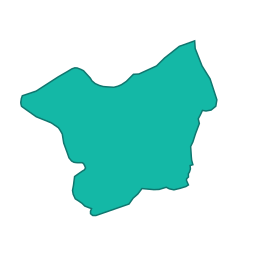 Dékoa, Kémo, Central African Republic, rotated 341°
{"feature_id": "33826404B62845091164313", "entity_name": "Dékoa", "entity_type": "district", "adm_level": 2, "iso_a3": "CAF", "parent_name": "Central African Republic", "parent_adm1": "Kémo", "projection": "natural_earth1", "projection_center": [19.104, 6.266], "detail": "fine", "context": "isolated", "style": "filled", "palette": "teal", "viewbox_px": 256, "rotation_deg": 341, "n_neighbors": 0, "source": "geoboundaries", "source_scale": "gbopen_adm2", "svg_char_len": 1303}
<svg xmlns="http://www.w3.org/2000/svg" viewBox="0 0 256 256"><g transform="rotate(341 128 128)"><path d="M166.6,201.5L166.2,196.7L166.9,195.1L169.2,194.0L170.2,190.9L171.7,189.7L173.7,187.0L174.5,183.7L177.4,183.8L177.7,179.2L178.5,175.8L181.2,165.9L184.8,162.3L190.1,155.2L196.9,147.0L197.4,142.2L200.7,139.1L204.1,135.6L207.3,137.3L212.4,138.1L218.1,136.0L221.2,130.3L221.6,108.3L218.2,93.4L217.4,74.7L219.4,67.3L203.1,67.5L185.4,73.7L175.2,78.6L155.9,80.5L150.6,79.0L141.6,83.4L136.0,84.9L132.2,85.2L127.9,84.9L121.4,82.2L118.0,80.7L114.7,78.4L111.4,75.3L109.2,71.6L108.6,68.6L104.6,59.4L102.7,57.4L99.5,54.7L97.3,53.8L94.3,53.8L88.6,55.0L78.8,56.9L53.2,63.2L38.6,63.1L36.7,65.5L35.0,68.8L34.6,70.4L34.4,72.7L35.2,74.0L44.9,87.5L57.1,98.1L62.3,105.1L63.2,108.4L63.9,112.3L62.3,121.4L62.5,131.7L62.5,137.0L63.9,140.8L65.7,142.8L67.6,143.8L69.5,144.6L72.3,145.5L73.6,146.0L74.5,147.6L74.8,150.2L74.8,152.0L73.1,153.4L70.7,153.9L65.4,155.4L61.7,156.5L57.8,164.4L55.2,169.0L54.6,172.9L55.1,177.8L57.5,180.8L60.0,184.2L61.7,187.7L65.2,190.7L67.3,192.3L65.4,194.6L64.7,196.8L66.1,199.2L69.1,200.3L104.2,200.2L110.0,196.0L115.8,193.6L121.5,189.8L132.4,194.7L137.4,196.2L144.9,196.5L147.3,199.0L151.3,201.4L157.6,202.0L163.7,202.2L166.6,201.5Z" fill="#14b8a6" stroke="#0f766e" stroke-width="1.5"/></g></svg>